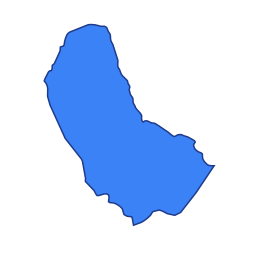 SVG path tracing the border of Grand Cape Mount, rotated 284°
{"feature_id": "LBR-786", "entity_name": "Grand Cape Mount", "entity_type": "County", "adm_level": 1, "iso_a3": "LBR", "parent_name": "Liberia", "parent_adm1": "", "projection": "albers", "projection_center": [-10.956, 7.068], "detail": "fine", "context": "isolated", "style": "filled", "palette": "blue", "viewbox_px": 256, "rotation_deg": 284, "n_neighbors": 0, "source": "natural_earth", "source_scale": "10m", "svg_char_len": 2096}
<svg xmlns="http://www.w3.org/2000/svg" viewBox="0 0 256 256"><g transform="rotate(284 128 128)"><path d="M35.0,156.9L41.2,154.1L42.7,153.2L42.2,148.3L43.1,145.0L48.4,141.9L50.2,138.7L51.4,135.0L51.8,132.1L51.2,128.2L51.8,126.9L56.0,126.4L57.4,125.9L58.5,124.9L58.9,123.2L58.2,120.7L55.5,116.2L55.0,114.2L55.6,113.4L59.1,110.2L65.8,99.6L69.1,98.9L85.0,91.7L86.7,90.2L99.3,74.0L102.7,69.6L131.4,46.8L139.3,42.3L146.7,40.6L149.2,39.5L151.4,37.8L153.4,35.3L156.0,35.6L162.9,37.2L163.5,37.5L164.4,38.1L165.0,39.5L165.6,39.8L166.2,40.0L167.3,40.0L170.0,39.4L170.5,39.4L170.9,39.7L172.6,40.9L186.5,43.5L187.5,43.2L190.3,42.8L191.9,45.4L193.1,45.9L196.4,45.6L199.5,45.6L203.3,46.1L205.3,46.9L207.0,48.3L218.3,64.0L218.8,65.0L219.4,66.8L220.1,70.8L220.2,74.6L220.0,76.3L221.0,80.7L220.7,82.1L219.9,83.4L217.3,85.2L216.0,86.5L215.4,87.2L214.7,87.9L213.8,88.4L209.8,89.7L208.9,90.1L208.0,90.7L205.2,93.2L191.2,101.8L186.6,102.8L185.6,103.1L184.7,103.6L184.0,104.2L183.4,104.9L182.7,105.6L178.7,108.4L178.0,109.2L177.2,110.2L174.2,115.3L173.8,115.8L173.2,116.3L171.5,117.1L170.1,118.4L169.5,119.1L168.7,119.6L167.8,119.9L165.9,119.8L165.0,120.1L161.5,122.0L160.6,122.7L159.0,124.6L158.3,125.3L157.3,125.8L154.3,126.7L153.4,127.2L152.7,127.8L151.4,129.1L150.8,129.6L149.7,130.2L147.9,132.4L145.7,135.8L144.4,137.4L143.2,138.3L140.7,138.8L139.4,139.3L138.0,140.2L137.5,141.2L137.5,141.3L138.9,142.6L139.6,144.7L138.8,148.5L138.7,150.2L139.0,152.2L138.8,153.8L133.8,167.6L131.2,173.1L131.0,174.6L131.3,175.7L133.3,177.8L133.9,179.0L134.5,181.2L134.0,184.2L133.8,188.1L132.2,194.2L131.7,195.5L131.4,196.0L131.0,196.4L130.3,196.6L128.7,196.0L127.8,195.8L127.1,195.9L126.4,196.1L125.7,196.6L124.7,197.3L123.7,198.3L122.5,200.4L121.9,202.2L121.6,204.6L121.2,205.9L120.5,206.6L118.4,207.1L116.5,207.9L115.7,208.4L114.7,209.3L113.7,210.5L112.2,212.8L111.5,214.4L111.3,215.8L111.6,218.3L112.2,220.7L82.0,209.8L58.8,199.5L54.6,194.5L54.4,186.7L55.5,182.4L55.8,180.6L55.9,178.0L53.2,173.0L52.5,172.1L48.9,171.0L45.1,168.6L41.8,165.9L39.9,164.0L35.0,156.9Z" fill="#3b82f6" stroke="#1e3a8a" stroke-width="1.5"/></g></svg>